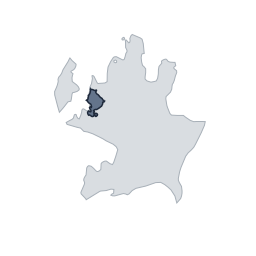 Lachin District, Laçın, Azerbaijan shown in context, rotated 62°
{"feature_id": "54616110B46945931752574", "entity_name": "Lachin District", "entity_type": "district", "adm_level": 2, "iso_a3": "AZE", "parent_name": "Azerbaijan", "parent_adm1": "Laçın", "projection": "orthographic", "projection_center": [46.409, 39.71], "detail": "fine", "context": "in_parent", "style": "filled", "palette": "slate", "viewbox_px": 256, "rotation_deg": 62, "n_neighbors": 0, "source": "geoboundaries", "source_scale": "gbopen_adm2", "svg_char_len": 5799}
<svg xmlns="http://www.w3.org/2000/svg" viewBox="0 0 256 256"><g transform="rotate(62 128 128)"><path d="M171.7,198.6L170.8,198.5L164.1,200.3L162.7,199.8L156.9,192.6L155.7,191.9L153.2,191.6L151.7,190.4L150.5,188.5L149.8,187.1L143.9,183.2L143.0,181.8L142.8,180.5L143.7,179.3L144.6,178.4L147.5,177.3L150.8,176.4L151.9,175.8L152.4,174.7L152.3,173.0L151.8,171.4L146.9,168.5L146.3,167.2L146.2,165.6L146.4,163.9L147.1,162.6L151.0,160.7L153.0,158.9L151.7,156.8L147.4,152.2L142.3,147.2L139.0,147.2L135.2,148.8L129.1,153.3L125.8,155.2L121.4,158.3L116.6,161.8L112.6,165.5L110.2,168.6L105.8,169.9L103.6,172.5L96.2,180.1L94.1,180.0L94.0,176.2L94.1,173.3L93.6,171.5L91.2,169.2L91.2,168.1L91.8,167.5L93.7,167.9L96.0,167.7L97.1,166.8L94.6,163.7L92.4,161.6L90.5,160.2L90.0,159.4L90.0,158.8L90.4,158.1L93.7,156.3L94.0,154.8L93.8,153.0L88.7,150.4L84.8,151.4L81.4,148.4L79.2,146.2L76.4,143.7L74.0,142.4L71.7,139.4L67.6,136.2L65.0,135.3L65.0,134.8L65.5,134.2L66.6,133.8L73.9,134.0L74.8,133.4L75.2,132.1L76.2,130.1L77.4,127.2L77.3,124.7L70.1,120.7L64.8,117.0L61.2,112.1L58.8,107.7L58.9,106.2L59.6,104.8L65.3,100.8L65.7,99.8L65.6,99.1L63.6,97.0L61.1,94.8L60.3,93.2L58.8,92.4L55.8,92.3L50.5,89.6L49.4,89.4L49.2,88.8L49.4,88.3L53.2,87.3L53.2,86.4L52.0,85.2L49.9,84.4L48.0,82.2L47.4,80.4L54.2,74.9L56.2,73.9L60.6,74.9L69.8,78.7L69.1,80.7L70.0,81.8L72.1,83.4L76.2,85.0L79.6,85.8L81.3,85.1L84.0,84.6L87.4,86.4L90.6,88.7L92.1,89.6L93.0,89.9L95.4,89.1L98.3,86.2L99.4,82.6L99.7,80.9L98.0,78.5L94.6,75.9L90.7,73.7L88.2,71.7L86.6,67.7L85.1,67.3L84.6,66.8L84.4,65.4L84.5,63.6L85.0,62.1L86.6,61.5L88.1,61.3L89.6,59.9L91.3,57.2L92.1,55.7L95.4,56.6L95.9,59.0L96.5,59.5L97.9,59.2L100.2,58.2L102.0,59.0L104.4,61.8L107.7,64.8L109.5,66.9L110.2,68.3L111.9,69.6L114.3,71.2L116.3,73.7L118.1,79.6L119.9,80.9L126.3,83.1L128.5,83.5L134.8,84.2L137.0,83.6L140.1,78.5L142.9,73.2L145.5,72.1L150.4,69.5L153.2,67.1L154.4,64.5L157.0,59.6L158.6,56.8L161.5,59.2L166.6,65.6L174.0,76.0L175.9,79.0L177.1,82.4L178.2,86.6L180.0,90.3L187.5,99.5L190.8,102.9L196.1,107.2L197.9,108.1L200.3,108.3L204.7,108.2L208.9,109.8L210.9,110.9L213.1,112.6L215.0,114.6L217.1,120.1L210.0,118.5L202.9,119.1L198.9,120.5L195.1,122.2L191.4,124.6L189.2,129.2L187.6,139.5L185.0,149.3L185.2,153.7L186.7,158.0L186.6,160.0L185.3,160.9L183.7,162.8L181.7,171.7L180.6,173.5L179.2,174.7L178.8,173.6L178.8,171.3L175.6,169.3L174.0,171.7L173.0,176.6L170.8,181.8L170.7,182.8L171.7,198.6ZM64.4,108.7L64.7,107.3L63.8,106.7L62.9,106.6L62.0,107.3L62.0,109.0L63.2,109.4L64.4,108.7ZM40.4,148.6L39.3,147.1L38.9,146.4L42.0,145.8L47.3,143.9L48.8,144.9L50.3,146.8L51.0,148.5L51.1,151.6L51.7,152.1L54.3,151.1L55.5,152.4L57.4,153.9L60.8,155.4L65.8,153.1L68.3,152.5L70.3,152.6L71.4,153.3L71.8,155.7L71.3,158.7L70.8,160.3L71.8,161.5L75.8,164.4L77.5,165.9L76.7,168.7L79.7,175.4L80.7,178.0L81.9,181.2L75.7,179.9L64.4,177.2L61.4,175.7L58.5,172.0L56.8,170.1L54.2,167.8L52.1,166.9L50.6,165.3L49.7,162.9L48.4,160.7L46.1,158.1L41.1,149.5L40.4,148.6ZM47.9,91.3L47.2,91.8L46.2,91.3L45.9,90.3L46.0,89.1L47.0,88.9L47.9,89.2L48.1,90.2L47.9,91.3Z" fill="#d9dde1" stroke="#a8b0b8" stroke-width="1"/><path d="M76.0,142.9L76.5,143.3L77.3,143.4L77.9,144.0L78.5,144.4L79.0,144.9L79.6,145.5L79.9,145.9L80.4,146.5L80.5,147.0L80.5,147.6L80.8,147.9L81.1,147.9L81.5,148.1L82.0,148.4L82.4,148.9L83.0,149.3L83.5,149.5L83.7,150.0L83.8,150.2L83.9,150.4L83.9,150.9L83.9,151.3L84.0,151.8L84.3,151.7L84.6,151.4L84.7,151.1L85.1,151.1L85.6,151.1L86.0,151.1L86.6,151.1L87.1,150.9L87.6,150.7L88.0,150.6L88.3,150.4L88.6,150.1L89.1,149.9L89.4,149.7L90.0,149.7L90.4,149.8L90.8,149.8L91.2,150.0L92.0,150.1L92.3,150.3L92.6,150.7L92.4,150.8L91.9,151.1L91.6,151.4L91.8,152.0L91.9,152.4L92.4,152.5L92.9,152.6L93.5,152.5L94.1,152.5L94.7,152.4L95.2,152.5L95.7,152.8L96.0,153.0L96.2,153.3L96.0,153.6L95.8,153.9L95.4,154.2L95.1,154.3L94.7,154.4L94.5,154.6L94.5,155.0L94.8,155.5L94.9,156.0L95.5,156.5L96.4,156.8L97.0,156.8L97.5,156.9L97.9,156.8L98.3,156.7L98.4,155.8L99.2,155.4L99.8,155.0L100.5,154.8L101.0,154.3L101.3,153.8L101.4,153.4L101.4,153.0L101.4,152.7L101.2,152.5L100.9,152.4L100.7,152.3L100.5,152.2L100.5,151.9L100.5,151.7L100.8,151.4L101.0,151.2L101.4,151.1L101.8,151.2L102.2,151.2L102.6,151.1L102.8,150.7L102.7,150.0L102.6,149.7L102.5,149.4L102.5,149.2L102.2,149.0L102.0,148.8L101.8,148.6L101.4,148.6L101.0,148.6L100.7,148.7L100.4,149.0L100.2,149.1L99.9,149.4L99.8,149.6L99.8,149.8L99.8,150.1L99.8,150.3L99.6,150.6L99.4,151.0L99.0,151.3L98.8,151.3L98.4,151.2L98.2,150.9L98.1,150.7L98.1,150.4L97.9,150.2L97.6,149.9L97.2,150.0L96.9,150.2L96.7,150.3L96.4,150.2L96.3,149.3L96.2,148.9L96.3,148.4L96.3,148.1L96.6,147.8L96.8,147.4L96.9,147.1L97.0,146.8L96.9,146.6L96.9,146.2L96.9,145.8L96.9,145.3L96.9,144.9L96.9,144.5L96.8,144.3L96.7,144.0L96.7,143.7L96.7,143.3L96.6,142.8L96.5,142.5L96.4,142.0L96.4,141.6L96.4,141.2L96.1,141.0L96.0,140.7L95.8,140.4L95.7,140.2L95.3,139.7L95.2,139.5L95.0,139.3L94.8,139.1L94.4,138.8L94.3,138.7L94.1,138.5L93.8,138.5L93.6,138.3L93.4,138.2L93.4,137.8L93.5,137.5L93.6,137.3L93.7,137.0L93.6,136.9L93.6,136.7L93.5,136.3L93.3,136.1L93.2,136.3L92.8,136.4L92.3,136.4L92.2,136.6L91.8,136.8L91.5,136.9L91.0,137.0L90.4,137.0L90.0,137.0L89.6,137.1L89.3,137.2L89.2,137.4L88.9,137.5L88.6,137.6L88.3,137.8L88.2,137.9L87.9,138.0L87.6,138.1L87.4,138.1L87.2,138.2L86.9,138.3L86.7,138.3L86.4,138.4L86.0,138.4L85.8,138.4L85.5,138.6L85.3,138.6L85.0,138.6L84.7,138.7L84.5,138.8L84.3,138.9L84.1,139.0L83.9,139.1L83.6,139.4L83.3,139.5L83.0,139.6L82.8,139.6L82.4,139.6L82.1,139.7L81.8,139.8L81.4,139.7L81.1,139.6L80.9,139.4L80.7,139.2L80.6,138.9L80.4,138.7L80.3,138.4L80.1,138.2L79.8,138.1L79.6,138.2L79.5,138.5L79.5,139.1L79.4,139.5L79.3,139.8L78.9,140.0L78.6,140.4L78.4,140.6L78.1,140.7L77.8,140.9L77.4,141.4L77.1,141.6L76.8,142.0L76.6,142.4L76.3,142.6L76.1,142.9L76.0,142.9Z" fill="#64748b" stroke="#1e293b" stroke-width="1.5"/></g></svg>